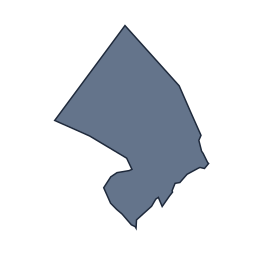 Davis, Utah, United States of America, rotated 66°
{"feature_id": "52423323B15270253892889", "entity_name": "Davis", "entity_type": "district", "adm_level": 2, "iso_a3": "USA", "parent_name": "United States of America", "parent_adm1": "Utah", "projection": "orthographic", "projection_center": [-111.927, 40.961], "detail": "fine", "context": "isolated", "style": "filled", "palette": "slate", "viewbox_px": 256, "rotation_deg": 66, "n_neighbors": 0, "source": "geoboundaries", "source_scale": "gbopen_adm2", "svg_char_len": 654}
<svg xmlns="http://www.w3.org/2000/svg" viewBox="0 0 256 256"><g transform="rotate(66 128 128)"><path d="M193.2,68.8L191.9,69.3L181.8,69.7L179.1,70.2L168.1,68.3L164.4,64.3L151.8,64.3L150.8,64.3L137.6,64.3L110.3,64.1L43.7,85.7L33.2,89.1L91.3,191.9L119.7,166.3L155.0,141.5L167.4,141.2L167.4,144.2L164.3,156.2L165.6,163.6L172.7,174.5L178.1,174.5L189.6,174.5L197.7,171.5L204.2,168.4L217.8,164.3L221.0,161.6L222.8,161.4L215.4,157.6L209.1,138.3L204.3,131.6L203.7,128.5L213.6,128.7L206.9,117.6L204.7,113.4L203.2,113.2L197.7,107.5L198.9,102.8L194.3,92.9L193.3,80.1L193.3,78.3L196.1,74.6L193.2,68.8Z" fill="#64748b" stroke="#1e293b" stroke-width="1.5"/></g></svg>